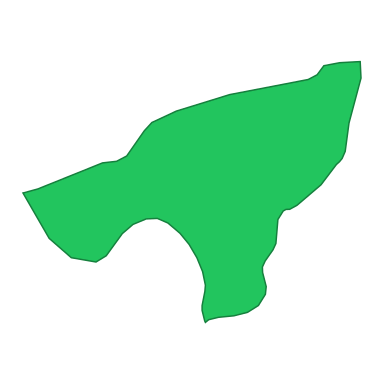 outline of Ambeno
{"feature_id": "TLS-543", "entity_name": "Ambeno", "entity_type": "District", "adm_level": 1, "iso_a3": "TLS", "parent_name": "East Timor", "parent_adm1": "", "projection": "mercator", "projection_center": [124.284, -9.341], "detail": "fine", "context": "isolated", "style": "filled", "palette": "green", "viewbox_px": 384, "rotation_deg": 0, "n_neighbors": 0, "source": "natural_earth", "source_scale": "10m", "svg_char_len": 826}
<svg xmlns="http://www.w3.org/2000/svg" viewBox="0 0 384 384"><path d="M360.2,61.6L361.0,78.1L349.0,123.0L345.2,151.4L342.1,158.5L339.5,161.7L336.4,164.5L321.0,184.8L297.1,205.2L289.7,209.3L286.0,209.4L283.2,211.0L277.9,219.5L275.9,243.5L273.0,249.8L265.2,260.9L262.4,267.0L262.6,272.5L266.2,286.6L265.4,294.3L258.4,305.5L247.6,312.3L233.9,315.8L218.5,317.3L208.7,319.7L205.4,322.4L204.7,320.9L202.1,310.4L202.1,305.6L204.9,291.3L205.4,285.2L202.6,271.6L196.9,257.7L189.1,244.4L180.0,233.3L167.9,223.0L157.3,218.4L146.2,218.9L133.0,224.4L122.3,233.6L106.2,255.8L96.0,262.0L71.3,257.7L49.2,238.4L23.0,193.0L37.7,189.0L102.5,162.9L116.6,161.3L126.7,156.0L144.3,130.8L151.9,122.5L176.3,111.1L229.7,94.6L308.2,79.5L317.1,74.8L323.9,65.7L339.8,62.7L359.9,61.6L360.2,61.6Z" fill="#22c55e" stroke="#15803d" stroke-width="1.5"/></svg>